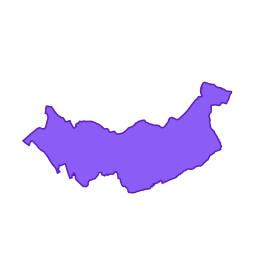 the district of Buchin, Caras-Severin, Romania, rotated 200°
{"feature_id": "2599482B78488778616963", "entity_name": "Buchin", "entity_type": "district", "adm_level": 2, "iso_a3": "ROU", "parent_name": "Romania", "parent_adm1": "Caras-Severin", "projection": "orthographic", "projection_center": [22.172, 45.329], "detail": "fine", "context": "isolated", "style": "filled", "palette": "violet", "viewbox_px": 256, "rotation_deg": 200, "n_neighbors": 0, "source": "geoboundaries", "source_scale": "gbopen_adm2", "svg_char_len": 5628}
<svg xmlns="http://www.w3.org/2000/svg" viewBox="0 0 256 256"><g transform="rotate(200 128 128)"><path d="M222.3,80.1L218.8,78.7L217.0,78.3L215.2,77.7L214.8,78.3L215.1,80.8L214.5,82.3L213.7,83.0L213.0,83.0L210.5,81.7L207.9,80.6L207.1,80.2L205.6,79.0L203.0,77.8L200.9,77.2L198.8,76.9L196.4,75.5L192.5,72.7L189.8,70.4L186.9,68.2L182.7,65.9L180.7,63.9L178.9,61.5L178.1,62.2L178.3,62.5L177.1,63.5L180.1,65.8L179.3,66.4L179.5,66.7L179.6,68.9L179.7,69.3L179.2,69.4L178.8,69.4L178.5,69.5L176.1,71.8L174.5,72.9L170.8,67.5L169.9,66.6L169.6,66.0L165.9,61.5L165.8,61.3L165.3,60.9L164.8,61.3L164.5,61.7L163.6,62.1L164.4,64.3L164.3,64.8L163.5,64.7L162.9,65.0L163.2,65.4L163.5,66.7L163.7,67.0L163.3,67.0L162.5,66.7L161.7,66.0L160.2,63.0L159.6,62.2L158.9,61.6L150.2,57.8L149.8,58.1L149.3,58.0L148.6,58.4L147.8,58.3L146.7,59.3L146.1,60.7L146.1,61.2L146.2,61.8L146.6,62.3L146.8,63.9L146.8,64.2L146.3,65.2L146.1,66.0L145.4,66.2L144.6,66.7L144.4,66.9L144.0,67.6L142.3,68.7L142.0,69.1L141.6,69.4L141.3,69.7L141.2,70.1L141.2,70.8L140.9,71.6L140.4,72.5L140.2,73.1L140.1,73.4L140.1,74.8L139.9,75.6L139.9,76.0L139.6,76.6L138.2,77.0L137.9,77.0L136.7,75.9L136.6,75.2L134.4,75.2L133.5,75.1L133.1,75.8L132.4,76.4L132.3,77.0L132.2,77.1L131.8,77.4L131.5,77.4L131.0,76.8L130.8,76.7L130.1,77.6L128.5,78.8L127.7,79.2L126.3,79.3L126.2,79.8L125.5,81.1L125.7,81.8L124.9,82.2L124.0,82.9L122.8,81.9L122.2,81.8L121.9,81.5L121.1,79.3L120.0,77.4L119.6,77.3L118.4,77.5L117.6,77.4L117.4,77.0L117.3,76.3L117.0,75.8L116.5,75.2L116.1,74.4L113.7,71.8L112.5,71.5L112.0,71.7L111.2,72.3L110.9,72.3L109.8,71.4L109.2,71.4L108.2,71.1L107.8,70.8L106.8,69.6L106.2,68.4L105.3,67.8L104.6,68.1L101.9,68.5L98.8,70.3L98.0,71.2L97.1,71.9L96.6,72.0L96.4,72.3L96.2,72.5L95.5,72.9L94.9,73.6L94.8,73.9L94.3,74.1L94.0,74.1L93.1,74.5L92.3,75.0L91.3,76.0L88.8,77.4L88.7,77.3L88.2,77.7L87.1,78.1L86.9,78.3L86.4,79.3L86.2,79.9L86.4,81.0L86.1,81.8L85.5,81.5L85.6,81.8L85.3,81.9L85.3,82.2L85.1,82.3L85.0,82.1L84.8,82.2L83.7,83.8L84.1,84.2L84.5,83.6L85.0,84.1L84.4,84.7L84.0,84.9L83.2,85.6L82.7,85.8L82.4,85.7L81.9,86.2L81.3,87.0L80.8,87.6L80.8,87.9L80.5,88.0L80.2,88.2L80.2,88.3L80.6,88.0L80.1,88.7L79.9,89.2L79.6,89.8L79.3,89.8L79.3,89.6L78.8,89.7L78.7,89.5L78.1,89.4L78.2,89.2L77.7,88.9L77.5,88.7L76.8,88.4L76.9,88.1L76.5,88.1L76.2,88.3L75.2,89.5L71.7,92.9L70.6,94.0L66.8,97.2L65.6,98.5L65.6,99.1L64.8,100.5L64.5,100.7L64.4,101.3L63.8,101.9L63.7,102.1L63.2,102.3L63.1,102.5L63.1,103.1L62.9,103.3L61.9,104.3L61.6,105.3L61.4,105.6L61.4,105.8L60.9,106.7L60.7,106.8L60.4,107.2L60.1,107.3L59.2,107.9L58.5,109.6L56.7,110.4L54.9,110.7L54.2,111.0L53.5,111.5L52.6,112.2L52.3,112.7L52.0,113.5L51.6,114.3L50.6,115.0L49.8,115.8L49.7,116.1L47.1,117.0L46.0,118.1L44.9,120.5L44.6,121.5L43.8,122.7L43.2,123.8L43.1,124.6L42.7,124.9L42.2,125.1L42.1,125.3L41.9,126.6L42.0,127.8L41.7,128.5L41.5,130.6L41.4,130.8L40.2,131.5L39.5,132.8L38.5,134.1L38.4,134.4L38.4,135.4L38.1,135.8L34.9,138.2L33.7,139.5L33.9,139.6L34.2,140.6L33.8,142.7L35.3,144.0L36.2,145.8L37.9,146.9L38.5,148.0L40.7,149.4L41.1,150.2L42.2,150.9L44.5,152.7L45.9,154.2L49.6,155.9L50.6,156.8L51.8,159.0L53.1,160.8L53.5,163.5L55.9,166.7L56.3,168.6L55.3,171.8L56.1,172.9L56.3,173.8L56.3,174.6L56.4,175.1L57.7,177.3L56.8,178.1L54.9,179.1L54.1,179.7L49.9,180.3L49.0,181.6L49.1,182.3L48.9,183.0L47.7,184.3L44.3,184.4L43.8,185.0L43.7,186.7L43.3,189.1L43.6,193.7L42.9,196.5L43.2,197.5L43.3,197.6L44.7,197.3L46.9,196.6L47.9,196.4L48.6,196.5L51.2,197.3L51.9,196.9L53.0,197.2L54.1,197.3L54.3,197.5L54.7,197.3L55.9,197.3L56.8,196.8L57.4,196.7L58.0,197.0L59.4,197.0L60.3,197.4L61.2,197.9L62.6,198.2L63.7,197.7L66.1,197.4L66.7,197.1L71.0,197.2L71.8,197.0L72.0,196.8L72.5,196.0L73.0,195.7L72.8,195.0L73.2,193.6L73.0,192.6L72.3,190.6L72.7,190.6L73.1,191.3L73.1,190.9L73.3,190.5L72.8,189.8L72.8,189.2L72.6,188.8L72.6,187.6L72.3,187.4L72.2,187.2L71.9,187.2L71.7,185.8L71.0,185.1L70.3,184.7L70.1,184.3L69.2,183.6L69.8,183.2L69.8,182.8L70.4,182.1L70.8,182.2L71.3,181.9L72.0,181.8L72.7,181.1L72.7,180.5L72.9,179.9L72.5,179.3L72.9,179.2L73.0,178.9L73.7,178.0L74.4,176.7L74.8,174.9L75.6,172.9L78.3,164.1L80.0,160.2L81.8,156.4L83.6,153.6L84.7,152.6L85.8,152.6L88.0,152.8L90.3,152.8L91.0,152.7L92.0,151.7L92.5,149.8L92.3,148.3L92.5,146.8L94.4,141.2L95.1,140.5L96.2,139.9L97.9,140.1L99.7,140.8L101.8,140.5L103.1,140.0L104.3,139.4L106.6,139.6L107.6,139.5L108.4,139.3L109.4,139.2L111.3,139.6L112.6,139.4L113.6,139.8L115.2,141.0L117.2,140.1L120.3,137.7L121.2,136.4L122.3,135.3L123.6,132.0L124.1,131.1L127.3,128.5L127.8,127.6L128.1,126.6L129.6,123.8L131.3,121.5L132.9,120.2L134.4,119.3L136.1,118.7L137.1,118.8L138.4,119.7L139.9,120.1L141.1,119.4L142.4,118.3L144.3,118.0L146.1,119.9L146.9,120.2L147.7,120.1L149.4,119.2L150.3,119.2L153.2,120.4L156.8,121.4L157.9,121.5L159.0,121.3L160.1,121.7L164.6,121.8L169.7,119.8L171.2,119.6L172.7,118.9L174.3,117.8L175.1,117.9L175.8,117.7L176.1,116.8L176.2,115.8L177.7,114.6L177.9,113.9L178.2,113.6L178.2,113.3L177.4,112.2L177.3,111.5L177.9,110.8L178.2,110.0L178.5,109.7L179.2,109.5L183.3,112.9L183.8,113.4L184.8,114.9L185.6,114.4L185.9,114.6L187.5,113.0L189.2,112.7L190.3,113.9L190.9,114.0L191.3,114.4L191.3,114.6L191.8,114.9L192.0,114.9L192.5,115.3L193.4,115.2L194.1,114.9L195.4,115.5L197.7,115.6L198.5,116.2L199.4,116.4L201.3,117.7L201.8,117.9L202.9,118.8L205.5,120.5L206.5,121.0L207.2,121.8L209.0,121.2L211.5,121.0L212.0,120.5L212.1,119.8L212.0,118.8L211.3,116.7L210.8,113.7L210.4,113.7L209.8,113.8L209.2,113.7L207.3,111.7L206.5,110.1L206.3,108.1L206.3,106.1L205.9,103.1L205.7,100.1L206.3,98.8L208.1,98.0L210.2,98.1L211.7,97.8L213.2,96.2L214.2,94.2L216.8,90.2L220.5,83.2L222.3,80.1Z" fill="#8b5cf6" stroke="#5b21b6" stroke-width="1.5"/></g></svg>